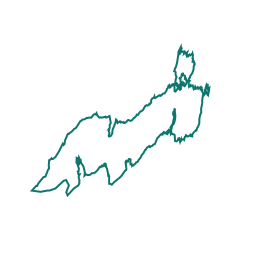 outline of Tingvoll nor, Møre og Romsdal, Norway, rotated 113°
{"feature_id": "86288312B33492217014163", "entity_name": "Tingvoll nor", "entity_type": "district", "adm_level": 2, "iso_a3": "NOR", "parent_name": "Norway", "parent_adm1": "Møre og Romsdal", "projection": "equal_earth", "projection_center": [8.112, 62.946], "detail": "fine", "context": "isolated", "style": "outline", "palette": "teal", "viewbox_px": 256, "rotation_deg": 113, "n_neighbors": 0, "source": "geoboundaries", "source_scale": "gbopen_adm2", "svg_char_len": 5720}
<svg xmlns="http://www.w3.org/2000/svg" viewBox="0 0 256 256"><g transform="rotate(113 128 128)"><path d="M213.6,157.3L205.0,154.3L200.2,151.3L197.6,151.2L196.6,151.9L195.1,152.2L193.5,153.7L191.3,154.6L189.4,154.3L189.9,155.5L189.7,156.0L188.1,156.5L187.6,157.2L187.2,157.0L187.3,156.6L184.6,157.3L180.1,161.3L180.0,161.9L175.5,163.6L175.5,163.1L179.3,161.0L180.8,159.0L179.5,158.8L176.9,160.0L176.1,161.2L174.4,161.6L175.5,160.5L175.8,159.9L175.6,159.4L178.3,157.7L180.8,154.0L185.7,150.4L188.9,149.4L187.0,148.6L187.2,146.9L186.3,145.2L185.7,144.5L183.7,143.6L183.4,142.6L182.0,141.0L179.4,139.8L174.9,138.8L174.8,138.0L172.8,137.5L172.4,136.8L172.8,136.7L172.3,136.4L172.7,136.0L171.1,135.5L171.6,135.4L170.2,135.8L169.9,135.2L168.9,135.3L172.0,134.1L172.2,133.7L171.3,133.6L172.6,132.8L174.1,130.9L175.6,130.3L176.4,129.4L179.4,127.7L178.8,127.4L179.8,126.5L186.7,123.6L186.3,122.0L186.5,120.8L183.2,119.6L176.9,116.2L174.3,115.2L168.2,114.0L167.6,113.2L166.0,113.6L162.2,115.9L161.8,115.8L160.8,116.8L159.1,116.9L158.8,116.7L159.4,115.7L158.2,115.3L159.6,114.8L158.8,114.8L158.2,115.3L155.5,114.9L155.9,114.8L155.8,114.0L156.2,113.1L158.6,112.6L160.4,111.5L159.6,110.7L161.3,109.5L160.5,109.2L160.4,108.3L159.4,108.2L157.9,107.2L156.7,107.2L155.3,105.8L153.9,105.9L150.2,104.8L147.7,104.8L145.3,104.0L141.3,103.6L140.7,103.0L138.9,103.0L136.4,101.5L137.1,100.4L136.9,100.0L136.0,99.9L134.7,98.5L133.5,98.3L132.3,97.0L126.2,97.1L120.9,95.2L120.1,94.5L120.8,94.1L120.6,93.6L119.0,93.9L118.1,93.6L118.5,93.2L118.0,93.0L118.3,92.6L117.9,92.5L118.1,91.5L117.7,91.3L118.7,90.9L117.0,90.8L117.2,90.5L116.9,90.3L119.1,89.8L118.2,89.7L118.2,89.3L114.4,89.6L114.9,90.1L112.8,89.5L114.2,89.3L113.7,88.2L112.8,88.5L110.7,88.2L109.1,88.6L109.4,88.9L107.8,88.7L106.7,88.0L106.2,88.2L106.2,88.6L99.3,89.9L99.1,90.4L97.0,91.2L97.9,91.7L97.6,92.0L95.3,92.5L94.3,92.2L92.5,92.5L92.6,92.0L93.9,91.7L98.4,89.1L101.4,88.1L105.5,87.5L107.1,87.7L108.0,88.4L113.8,87.3L114.0,87.8L113.6,88.1L114.0,88.3L115.7,87.8L115.7,86.8L116.1,86.6L115.7,86.4L116.3,86.2L115.5,86.0L116.4,84.7L115.9,83.7L116.2,82.3L121.6,79.6L121.3,78.0L120.0,77.5L117.9,77.6L117.4,77.0L120.5,74.6L117.1,74.7L118.0,73.9L117.4,73.8L117.2,72.9L116.2,72.3L116.6,71.8L113.9,72.2L113.4,71.6L112.0,71.9L111.9,71.5L112.6,70.5L112.5,69.6L110.8,68.5L111.0,67.7L110.0,67.6L110.8,66.9L110.6,65.6L109.3,66.2L106.8,65.9L103.4,64.6L103.9,64.4L103.7,64.0L101.3,64.4L99.0,64.0L95.9,64.2L91.6,65.9L87.7,66.7L85.1,66.6L82.1,68.1L75.6,69.5L73.7,70.5L66.6,72.3L65.5,73.9L64.3,74.2L64.6,74.7L62.7,75.6L63.8,76.2L62.2,76.9L62.7,77.2L62.3,77.4L64.3,78.6L63.5,79.2L63.8,79.5L63.4,79.8L65.4,80.8L65.3,81.3L64.1,81.8L63.7,82.3L65.9,82.1L66.7,82.6L63.5,85.1L64.1,86.0L65.3,86.5L65.3,86.9L64.5,87.3L66.1,87.9L62.5,90.0L60.7,89.7L61.2,90.8L60.5,91.1L63.1,92.0L65.0,91.6L67.4,92.2L67.3,93.0L64.9,94.0L64.5,95.2L67.3,94.3L67.6,95.2L69.8,95.9L69.7,96.6L70.3,96.7L71.3,95.9L71.2,95.1L69.6,94.9L71.4,94.5L72.5,95.0L71.5,96.6L72.7,97.5L72.3,97.7L75.9,98.5L75.9,99.5L69.4,102.4L71.0,103.1L70.1,103.9L70.4,104.3L71.6,104.1L71.9,104.9L73.4,104.7L74.4,105.2L73.5,106.5L72.6,106.9L73.4,107.3L75.5,106.9L76.6,107.4L78.5,107.2L81.8,107.8L82.7,109.2L85.3,110.2L85.8,110.8L85.3,111.4L85.6,111.9L89.7,114.6L89.9,115.2L88.7,116.0L89.6,116.0L91.9,117.4L93.9,117.5L95.4,116.6L97.6,117.2L97.9,117.4L97.6,117.9L99.6,118.5L100.1,119.6L99.9,119.9L101.1,120.8L105.9,121.3L108.6,123.3L112.0,124.0L112.3,125.1L113.4,125.1L116.2,126.1L116.8,126.7L119.5,127.4L120.6,128.8L120.4,130.7L120.8,131.2L124.2,132.4L124.9,133.6L124.2,134.3L125.2,135.4L125.0,136.8L125.7,137.1L125.1,138.1L127.4,139.5L125.4,141.1L124.9,142.3L128.2,141.6L135.7,141.5L139.1,140.4L141.6,140.6L142.8,141.3L143.2,142.3L142.9,142.6L139.5,143.3L138.7,144.4L136.3,144.9L136.5,145.2L135.1,144.8L132.2,146.1L130.1,145.8L124.2,149.7L126.7,151.8L126.9,152.2L126.4,153.0L127.0,153.2L127.0,153.9L128.8,156.3L128.9,157.4L129.7,158.5L128.7,160.1L128.6,161.0L126.6,162.8L128.1,163.1L128.0,163.7L129.3,165.0L132.8,165.8L133.8,168.3L134.7,169.2L134.7,169.8L136.9,171.4L138.3,173.4L139.4,173.6L140.2,174.5L148.2,175.9L150.0,177.2L153.6,178.5L155.3,179.8L156.7,180.2L156.8,180.9L157.3,181.1L164.2,181.1L167.6,180.2L168.8,180.8L168.0,181.9L175.4,182.3L183.0,183.4L185.7,184.9L186.4,186.1L185.9,186.6L187.8,187.3L188.4,188.0L193.2,186.4L196.3,184.8L197.6,185.3L205.0,185.0L206.2,186.6L214.0,188.9L216.9,189.0L217.1,189.9L223.2,192.0L220.9,183.5L217.1,177.8L216.3,175.9L212.1,171.2L201.7,166.6L200.1,164.6L203.9,160.0L211.3,159.7L213.6,157.3ZM52.5,90.3L48.7,90.5L45.2,91.7L43.5,91.4L43.3,91.5L43.7,91.8L42.3,92.2L41.7,92.7L41.9,93.3L41.0,93.6L41.6,94.5L38.7,95.2L38.7,95.9L36.1,96.5L35.4,96.8L35.5,97.3L34.8,97.3L34.4,97.6L35.2,97.5L35.0,97.9L35.4,98.2L35.1,98.3L36.9,99.2L36.5,100.0L37.5,100.3L36.4,100.9L38.5,100.9L39.2,101.6L38.2,102.2L38.0,102.8L35.2,103.1L36.8,103.9L36.4,104.7L37.7,105.4L35.4,105.7L35.4,106.2L36.7,106.7L36.2,108.6L40.3,109.5L33.7,109.7L33.0,110.5L33.4,110.7L32.8,111.0L38.2,111.3L40.8,110.4L41.1,110.2L40.8,110.0L42.3,110.0L48.5,108.4L53.3,107.7L54.4,108.0L58.0,107.6L58.4,107.4L57.2,107.4L57.9,106.1L61.0,104.6L61.9,103.3L64.6,103.1L67.2,102.3L67.8,102.1L67.8,101.5L68.6,101.4L68.1,101.2L68.5,100.6L70.2,100.2L68.4,99.7L69.1,99.1L70.4,99.0L70.8,98.3L68.2,97.4L68.6,97.1L68.4,96.3L67.1,96.0L64.8,97.3L64.8,97.9L63.0,98.5L62.1,100.0L61.6,99.9L61.1,99.0L59.8,98.9L57.8,99.5L57.3,99.4L57.6,98.8L55.7,99.0L57.9,97.8L57.6,96.2L58.2,95.6L60.4,94.8L59.9,94.0L60.8,93.7L61.8,92.3L60.4,91.1L57.9,91.0L57.5,90.6L55.9,91.0L52.5,90.3ZM66.2,67.2L60.0,68.5L61.1,68.6L59.5,68.9L60.8,69.6L58.9,70.6L59.5,70.8L57.2,71.5L57.5,72.1L57.2,72.6L62.8,71.9L66.8,70.6L64.1,69.8L66.0,68.2L66.2,67.9L65.8,67.8L66.2,67.2Z" fill="none" stroke="#0f766e" stroke-width="2"/></g></svg>